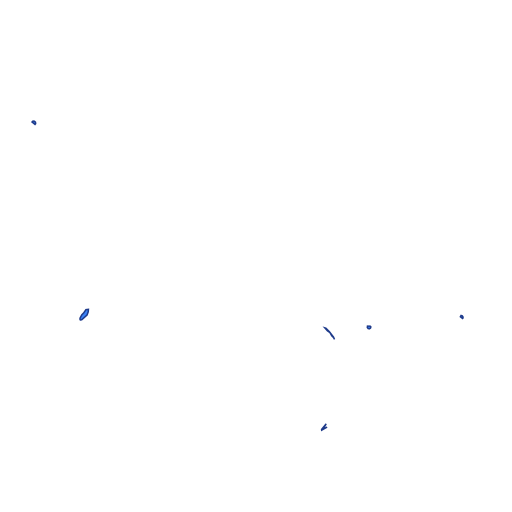 Tuamotu-Gambier, Albers equal-area conic projection, rotated 166°
{"feature_id": "PYF-4965", "entity_name": "Tuamotu-Gambier", "entity_type": "state/province", "adm_level": 1, "iso_a3": "PYF", "parent_name": "French Polynesia", "parent_adm1": "", "projection": "albers", "projection_center": [-142.294, -18.652], "detail": "coarse", "context": "isolated", "style": "filled", "palette": "blue", "viewbox_px": 512, "rotation_deg": 166, "n_neighbors": 0, "source": "natural_earth", "source_scale": "10m", "svg_char_len": 762}
<svg xmlns="http://www.w3.org/2000/svg" viewBox="0 0 512 512"><g transform="rotate(166 256 256)"><path d="M439.2,241.1L436.9,242.5L434.0,245.1L431.5,244.8L432.3,242.4L434.2,239.6L440.5,236.3L441.9,236.4L442.1,237.4L441.6,238.5L439.2,241.1ZM437.8,437.7L438.6,437.1L440.9,440.2L439.7,440.9L438.4,440.4L437.6,439.2L437.8,437.7ZM162.4,158.3L163.7,157.9L164.8,158.5L165.3,159.7L164.8,161.0L162.2,160.3L161.7,159.4L162.4,158.3ZM206.6,169.6L205.6,169.0L203.1,164.8L200.4,158.6L200.0,156.1L200.5,158.1L201.8,160.2L202.8,163.8L204.8,166.1L206.6,169.6ZM71.4,148.7L70.3,148.0L69.9,146.8L70.1,145.8L70.7,145.4L72.4,147.6L71.4,148.7ZM228.5,76.2L230.8,73.8L234.0,71.4L228.4,72.8L234.4,71.1L234.3,71.9L228.5,76.2Z" fill="#3b82f6" stroke="#1e3a8a" stroke-width="1.5"/></g></svg>